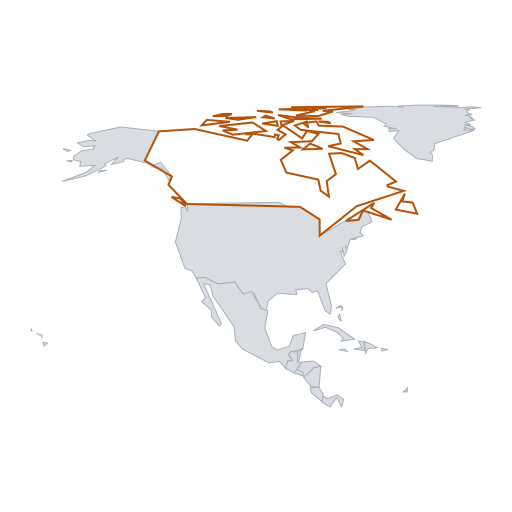 Canada on a map of North America (Equal Earth projection)
{"feature_id": "CAN", "entity_name": "Canada", "entity_type": "country or territory", "adm_level": 0, "iso_a3": "CAN", "parent_name": "North America", "parent_adm1": "", "projection": "equal_earth", "projection_center": [-89.555, 62.395], "detail": "medium", "context": "in_parent", "style": "outline", "palette": "amber", "viewbox_px": 512, "rotation_deg": 0, "n_neighbors": 17, "source": "natural_earth", "source_scale": "50m", "svg_char_len": 6654}
<svg xmlns="http://www.w3.org/2000/svg" viewBox="0 0 512 512"><path d="M187.7,203.9L279.0,202.3L289.3,207.5L300.0,206.8L319.6,219.4L319.7,235.6L345.4,220.9L356.7,220.9L363.1,210.4L368.0,212.0L372.0,221.8L362.0,226.7L360.1,232.7L363.4,235.8L350.8,239.0L356.9,239.0L350.0,239.8L347.3,248.1L344.9,245.5L346.9,250.6L344.2,256.1L342.2,247.1L342.6,252.0L340.2,251.3L345.4,263.9L326.0,283.5L331.4,305.9L330.4,314.2L325.3,310.9L317.5,290.8L312.4,292.3L307.6,288.6L296.0,289.8L296.7,294.7L277.3,293.1L268.1,301.2L266.4,311.1L260.9,308.4L254.2,293.6L243.2,294.1L234.5,282.0L218.0,284.0L205.1,277.4L196.3,278.2L192.1,271.1L184.9,268.3L175.4,241.8L181.3,218.7L181.0,207.3L186.0,207.9L187.0,211.9L187.7,203.9ZM159.0,131.3L144.8,160.5L153.3,165.4L160.4,162.3L172.0,176.4L169.1,180.6L162.3,168.2L154.8,167.9L147.0,163.2L127.8,158.5L124.2,159.2L123.6,161.6L111.2,164.5L118.3,157.1L104.7,163.8L106.0,165.6L101.8,168.1L84.9,176.1L62.0,181.5L86.2,172.3L94.9,165.4L79.7,166.3L80.8,161.6L73.7,159.8L73.6,156.4L76.0,154.4L81.8,150.9L93.9,148.9L93.2,146.8L96.1,145.6L83.6,146.7L77.5,142.9L89.6,140.2L96.4,141.5L87.3,135.0L90.0,133.5L120.5,127.0L159.0,131.3ZM62.9,148.8L66.2,149.1L70.4,150.4L67.2,151.4L62.9,148.8ZM43.0,342.1L47.6,343.1L43.9,346.1L43.0,342.1ZM41.9,335.4L42.3,337.6L41.5,335.8L41.9,335.4ZM39.7,334.4L41.3,335.1L39.3,335.0L39.7,334.4ZM36.4,333.9L38.2,333.8L38.0,334.1L36.4,333.9ZM31.6,329.2L31.8,331.0L30.7,330.1L31.6,329.2ZM66.8,160.8L72.2,160.5L71.6,161.9L66.8,160.8ZM99.2,170.7L107.1,170.2L98.8,172.4L99.2,170.7Z" fill="#d9dde1" stroke="#a8b0b8" stroke-width="1"/><path d="M364.0,342.0L364.3,350.6L353.8,349.1L361.8,347.4L358.4,341.0L364.0,342.0Z" fill="#d9dde1" stroke="#a8b0b8" stroke-width="1"/><path d="M365.6,352.9L364.5,341.2L377.2,347.7L368.2,348.6L365.6,352.9Z" fill="#d9dde1" stroke="#a8b0b8" stroke-width="1"/><path d="M335.7,308.2L339.6,306.1L339.7,307.4L335.7,308.2ZM339.8,305.1L342.8,307.3L342.3,310.9L341.5,307.6L339.8,305.1ZM337.9,317.4L339.7,314.4L341.3,321.5L337.9,317.4Z" fill="#d9dde1" stroke="#a8b0b8" stroke-width="1"/><path d="M397.7,106.1L416.4,105.1L443.6,105.1L459.1,105.9L433.3,106.5L457.2,107.1L455.2,107.9L472.0,106.9L481.3,107.7L463.9,109.2L469.5,109.3L466.6,111.4L468.3,113.4L472.3,114.6L464.9,115.2L470.3,116.3L472.3,118.0L469.8,118.2L474.5,120.0L465.5,122.3L470.8,124.9L464.1,124.6L472.5,126.7L475.0,128.8L470.7,129.3L463.7,126.8L465.8,128.5L463.6,129.9L474.5,130.2L434.8,143.6L433.8,149.8L430.3,152.4L432.5,155.0L432.2,161.2L416.9,158.6L403.9,149.3L393.5,138.4L399.0,130.7L389.2,131.5L388.8,128.4L396.9,129.0L384.2,126.2L386.2,124.0L373.9,117.4L348.7,116.3L341.1,114.5L352.4,113.8L336.0,112.6L354.0,110.4L354.8,109.8L348.1,109.3L361.5,107.6L360.3,107.1L389.2,106.3L403.7,107.2L397.7,106.1Z" fill="#d9dde1" stroke="#a8b0b8" stroke-width="1"/><path d="M196.3,278.2L205.1,277.4L218.0,284.0L234.5,282.0L243.2,294.1L251.7,291.6L260.9,308.4L267.8,310.9L264.7,328.1L271.9,346.6L277.5,350.1L289.0,346.3L293.4,335.5L305.6,332.7L302.7,349.5L290.6,351.7L288.8,354.7L292.6,360.8L287.7,360.8L285.8,368.7L279.5,361.4L269.2,362.9L242.8,349.3L235.5,340.8L234.0,326.5L212.7,295.7L210.2,284.8L203.7,283.8L221.4,323.5L219.6,326.3L211.4,316.6L211.4,310.2L201.8,301.7L205.4,297.6L196.3,278.2Z" fill="#d9dde1" stroke="#a8b0b8" stroke-width="1"/><path d="M343.6,399.3L341.6,406.9L336.7,397.6L329.9,406.9L322.2,402.4L321.9,395.1L327.7,398.7L337.1,394.7L343.6,399.3Z" fill="#d9dde1" stroke="#a8b0b8" stroke-width="1"/><path d="M323.4,394.6L321.8,401.6L311.3,392.7L310.1,387.7L319.0,387.4L323.4,394.6Z" fill="#d9dde1" stroke="#a8b0b8" stroke-width="1"/><path d="M319.0,387.4L311.0,386.6L303.4,377.1L314.0,367.4L320.8,366.3L319.0,387.4Z" fill="#d9dde1" stroke="#a8b0b8" stroke-width="1"/><path d="M320.8,366.3L314.0,367.4L304.8,376.8L296.9,369.3L302.5,361.8L313.7,361.1L320.8,366.3Z" fill="#d9dde1" stroke="#a8b0b8" stroke-width="1"/><path d="M296.9,369.3L303.2,372.6L302.5,375.9L294.0,372.9L296.9,369.3Z" fill="#d9dde1" stroke="#a8b0b8" stroke-width="1"/><path d="M285.8,368.7L287.7,360.8L292.6,360.8L288.8,354.7L290.6,351.7L297.7,351.8L297.4,361.7L301.2,362.5L296.9,369.3L294.0,372.9L285.8,368.7Z" fill="#d9dde1" stroke="#a8b0b8" stroke-width="1"/><path d="M297.7,351.8L301.6,349.0L298.5,361.7L297.4,361.7L297.7,351.8Z" fill="#d9dde1" stroke="#a8b0b8" stroke-width="1"/><path d="M381.9,348.1L387.7,349.6L381.7,351.1L381.9,348.1Z" fill="#d9dde1" stroke="#a8b0b8" stroke-width="1"/><path d="M339.0,349.7L344.5,348.8L347.2,351.4L339.0,349.7Z" fill="#d9dde1" stroke="#a8b0b8" stroke-width="1"/><path d="M323.5,324.4L338.4,327.8L354.5,339.1L341.0,341.3L343.5,338.5L337.1,332.4L325.4,327.2L313.4,330.9L323.5,324.4Z" fill="#d9dde1" stroke="#a8b0b8" stroke-width="1"/><path d="M403.4,391.9L407.4,387.9L407.3,391.8L403.4,391.9Z" fill="#d9dde1" stroke="#a8b0b8" stroke-width="1"/><path d="M171.9,176.5L144.8,160.5L158.9,131.4L194.6,129.0L247.2,140.7L252.4,134.3L245.4,134.3L251.5,133.4L274.6,137.1L274.9,134.6L278.7,135.3L277.3,138.8L278.9,140.0L285.6,134.3L277.6,129.9L283.0,125.4L302.1,138.4L306.9,130.9L318.5,133.9L311.8,141.3L290.9,142.1L300.2,147.5L284.4,147.7L292.8,150.4L280.8,159.8L286.3,172.6L318.3,179.6L320.6,190.7L328.9,196.6L326.7,181.1L335.9,174.2L329.0,153.7L341.7,153.1L354.8,158.0L357.9,169.0L369.8,160.6L396.0,181.5L387.4,185.1L387.9,186.6L403.6,190.9L356.7,206.2L319.7,235.6L319.6,219.4L300.0,206.8L186.9,204.0L168.5,184.8L171.9,176.5ZM308.0,127.0L308.5,127.8L306.7,122.7L316.4,121.4L318.6,125.6L343.0,126.6L373.9,140.0L353.7,141.3L367.5,149.1L354.8,149.1L363.4,155.1L328.1,146.2L340.7,143.5L338.4,134.0L300.5,129.8L294.9,125.5L307.7,121.2L303.6,123.5L308.0,127.0ZM291.0,107.2L363.5,106.4L322.8,110.9L333.0,111.5L318.0,116.1L296.1,115.5L315.1,111.1L303.5,109.1L318.1,110.1L311.9,109.0L326.6,108.2L322.1,108.1L326.4,107.5L291.0,107.2ZM219.3,126.0L252.6,122.5L265.9,131.0L232.7,134.7L222.7,130.4L237.6,129.7L219.3,126.0ZM391.6,219.7L363.0,210.4L358.7,219.8L345.9,220.9L374.2,202.8L371.1,208.0L391.6,219.7ZM206.8,119.9L229.9,121.8L201.7,125.4L206.8,119.9ZM278.7,109.3L300.6,108.9L307.1,110.6L278.7,109.3ZM277.9,115.0L297.7,117.6L321.8,118.7L291.2,119.3L277.9,115.0ZM225.5,118.0L256.2,117.1L237.8,119.8L225.5,118.0ZM404.9,193.5L402.2,201.4L412.8,202.6L417.1,213.7L395.8,209.6L404.9,193.5ZM262.2,123.5L276.8,121.2L277.7,125.8L262.2,123.5ZM302.9,149.4L310.2,143.6L322.5,148.8L302.9,149.4ZM280.6,121.4L294.1,121.0L281.4,125.3L280.6,121.4ZM231.9,113.9L227.1,115.9L212.8,116.2L223.1,114.0L231.9,113.9ZM265.6,115.6L274.8,118.4L262.9,117.3L265.6,115.6ZM257.1,110.8L270.6,111.5L272.9,112.7L257.1,110.8ZM171.5,196.9L180.4,198.5L185.8,206.2L171.5,196.9ZM318.4,121.4L327.8,121.8L330.8,123.3L318.4,121.4Z" fill="none" stroke="#b45309" stroke-width="2"/></svg>